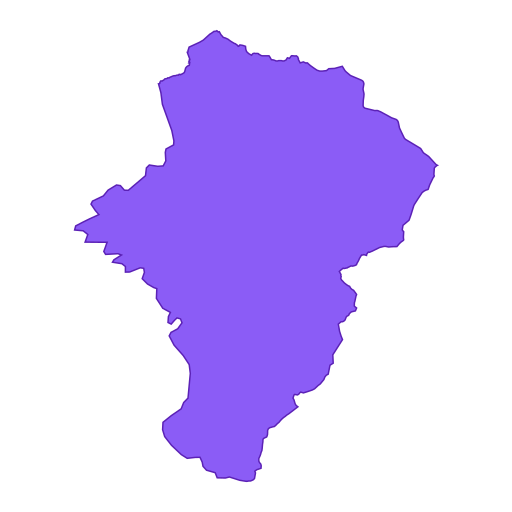 outline of Mataojo, Salto, Uruguay
{"feature_id": "84410073B62667740173321", "entity_name": "Mataojo", "entity_type": "district", "adm_level": 2, "iso_a3": "URY", "parent_name": "Uruguay", "parent_adm1": "Salto", "projection": "albers", "projection_center": [-56.339, -31.222], "detail": "fine", "context": "isolated", "style": "filled", "palette": "violet", "viewbox_px": 512, "rotation_deg": 0, "n_neighbors": 0, "source": "geoboundaries", "source_scale": "gbopen_adm2", "svg_char_len": 5693}
<svg xmlns="http://www.w3.org/2000/svg" viewBox="0 0 512 512"><path d="M74.6,230.0L83.2,230.8L87.8,234.5L85.1,242.1L107.1,242.3L103.8,251.5L105.6,254.4L118.0,253.7L121.5,255.0L113.9,259.8L112.5,262.2L121.9,263.7L125.4,266.5L125.4,272.1L129.7,272.0L140.2,267.8L143.7,268.3L144.4,272.4L142.2,278.7L147.5,284.0L153.8,287.6L156.8,288.6L156.4,298.4L162.8,308.3L170.4,312.4L168.4,316.6L168.0,322.5L171.2,324.1L174.6,320.2L177.0,317.9L180.5,318.9L182.0,322.8L177.7,328.8L171.0,332.4L169.2,335.9L174.1,345.2L183.2,355.5L189.2,364.6L190.3,373.4L188.0,398.1L183.7,402.5L181.2,408.8L171.2,415.7L163.0,422.3L162.6,429.7L164.7,436.6L171.5,445.3L181.3,454.6L187.2,458.3L195.2,457.4L200.0,457.3L202.2,462.1L203.0,466.3L206.5,470.2L215.2,472.7L217.2,477.8L225.4,478.0L229.4,477.0L239.8,480.3L246.1,481.3L247.1,481.3L248.7,481.0L250.3,481.0L251.5,480.6L253.4,479.7L254.5,478.5L255.5,472.9L254.8,471.2L256.8,469.7L261.0,468.3L261.2,465.8L260.8,464.1L259.6,462.7L258.9,461.4L258.8,460.0L258.8,458.6L260.1,455.7L260.6,454.3L261.1,452.4L261.9,450.5L262.2,448.2L262.5,444.4L262.9,441.8L262.9,440.9L263.0,439.4L263.5,438.5L265.2,437.6L266.6,437.0L267.1,435.9L267.5,434.5L267.6,432.4L267.6,430.6L268.2,429.0L269.5,427.8L272.9,426.8L274.4,426.5L275.9,425.2L277.2,423.8L279.1,422.2L280.2,420.8L281.6,419.3L283.6,417.5L285.2,416.4L286.7,415.1L288.9,413.7L297.9,406.8L296.1,405.4L295.1,403.7L294.0,399.9L293.0,398.1L294.0,395.0L294.8,394.4L296.0,394.7L297.6,394.9L299.0,393.9L299.7,392.9L300.7,392.1L303.4,392.9L305.7,392.2L308.2,391.4L312.3,390.0L314.6,388.8L318.1,385.5L320.3,383.9L323.9,379.5L324.8,377.1L326.3,375.2L328.2,374.2L330.0,365.2L333.2,363.2L332.8,354.8L342.5,339.6L341.1,336.1L339.6,331.4L338.3,324.1L341.0,321.8L342.7,321.7L344.0,321.0L345.1,319.9L346.1,317.2L346.9,316.2L348.1,315.6L348.9,314.9L349.3,313.7L351.3,311.9L355.4,310.9L356.6,308.0L354.6,306.4L354.3,306.0L354.4,302.8L354.9,301.2L356.0,296.0L356.6,294.6L356.5,294.3L353.6,290.3L351.8,289.3L350.6,288.1L349.6,286.3L348.3,285.8L346.6,284.7L344.3,282.9L342.3,280.7L341.8,280.3L340.7,278.4L341.2,276.5L340.8,275.6L341.0,274.5L339.3,271.5L340.5,270.3L343.0,268.3L343.1,268.2L343.9,268.5L344.2,268.5L347.5,267.8L348.0,267.3L348.5,267.2L350.8,266.0L351.2,266.0L352.5,266.1L352.8,266.1L355.0,265.5L355.8,265.1L356.4,264.8L356.5,264.7L356.9,263.5L358.5,260.7L359.5,258.4L361.5,255.1L362.9,255.0L363.7,254.6L366.5,255.4L366.8,254.0L368.2,252.2L368.5,252.1L369.6,252.3L369.8,252.2L370.8,251.7L371.9,251.3L379.6,247.5L384.0,246.4L385.7,246.4L388.6,247.0L392.4,246.7L396.9,246.6L399.3,243.7L401.0,242.1L403.5,240.3L403.7,239.5L403.5,238.6L403.4,237.0L403.7,231.7L402.4,230.2L402.3,229.5L403.0,225.3L408.6,220.6L409.1,220.1L409.3,219.5L411.1,214.4L413.8,205.6L414.6,204.1L418.6,197.9L422.2,192.5L424.4,190.9L426.0,190.1L427.9,189.5L428.1,189.4L428.2,189.2L429.7,184.8L433.1,177.8L433.6,177.2L434.3,176.0L433.9,174.5L434.3,168.3L434.4,168.0L434.7,167.5L435.2,167.0L436.8,165.6L437.4,165.3L436.6,164.9L436.0,164.5L428.6,156.4L423.8,153.1L423.2,152.5L420.8,148.7L420.2,148.2L405.7,139.5L404.8,138.7L404.3,138.1L401.3,131.9L399.5,128.0L398.3,122.3L398.0,121.5L397.5,120.6L396.8,119.9L396.1,119.4L391.6,117.8L380.8,111.9L378.0,110.7L377.1,110.5L374.8,110.6L365.0,108.2L364.5,107.9L363.9,107.4L363.4,106.7L363.3,106.3L363.1,105.5L363.3,100.3L363.8,96.7L364.0,94.2L363.9,93.3L363.1,89.6L363.1,88.4L363.8,84.5L363.9,83.9L363.8,83.4L363.6,82.6L363.4,82.0L362.9,81.2L362.3,80.7L361.3,80.1L351.6,76.0L350.9,75.7L350.2,75.3L346.3,72.0L345.3,71.0L344.9,70.5L342.3,66.3L334.6,68.4L328.8,68.7L326.5,70.6L322.2,71.1L319.8,71.1L317.0,70.2L313.6,67.9L310.3,65.5L308.1,63.6L307.7,63.1L307.4,63.0L307.3,62.9L307.1,62.8L306.6,62.9L306.2,63.0L305.7,63.0L304.7,62.5L303.3,61.9L300.2,62.9L298.3,59.4L298.3,59.1L298.4,58.8L298.4,58.6L297.7,56.9L296.6,56.0L296.2,55.8L295.2,56.0L292.0,55.7L291.6,55.8L291.4,55.8L289.5,58.3L287.4,57.8L286.0,60.0L284.2,60.9L282.8,61.0L281.3,60.6L278.7,60.6L277.3,61.0L275.9,60.9L274.6,60.3L273.2,59.9L271.4,59.7L269.6,56.6L269.0,55.8L268.4,55.8L262.2,55.8L260.8,55.4L259.3,54.4L259.1,54.4L258.8,54.3L258.6,53.9L258.3,53.6L257.0,53.4L255.6,53.5L254.7,53.3L254.0,53.3L252.9,53.6L252.0,54.6L251.6,55.2L249.5,54.1L248.6,53.5L246.6,51.6L245.8,49.3L245.5,46.3L242.8,45.4L239.9,44.9L238.9,46.1L238.2,46.3L237.6,45.4L235.7,44.0L235.3,43.7L234.3,43.4L231.8,41.9L230.5,41.1L228.0,39.2L225.4,38.0L223.3,37.4L222.4,36.3L220.8,34.5L220.2,33.3L219.3,31.7L218.4,31.9L218.2,32.0L217.0,30.8L216.8,30.7L216.3,31.1L216.0,31.2L215.4,31.2L214.9,31.4L214.1,31.3L211.0,33.5L209.9,34.1L203.3,40.1L199.5,42.3L198.4,42.8L189.1,47.1L188.6,48.7L187.9,51.0L188.0,51.8L187.6,52.4L187.3,52.4L189.7,58.9L189.7,59.1L189.8,59.3L189.6,59.4L189.5,59.7L189.4,59.7L189.4,59.9L189.4,60.1L189.4,60.5L189.5,60.6L189.3,60.9L189.2,60.9L189.1,61.0L189.3,61.1L189.3,61.3L189.1,61.4L189.2,61.5L189.1,61.8L189.1,62.0L189.1,62.3L189.3,62.5L189.2,62.6L189.3,62.6L189.2,62.7L189.3,62.9L189.2,63.1L189.4,63.2L189.5,63.1L189.6,63.3L189.3,63.7L189.5,64.2L189.3,65.3L187.8,65.9L186.6,66.8L185.6,68.1L184.8,71.2L184.3,72.5L183.4,73.2L180.6,74.7L179.9,74.3L179.0,74.4L178.6,75.1L177.1,75.1L175.3,75.7L174.4,75.7L173.2,75.9L169.8,77.3L169.1,77.9L167.8,77.8L167.2,78.4L166.0,78.7L164.8,78.9L163.8,80.0L163.2,80.3L162.2,81.0L161.6,81.0L161.2,80.9L160.9,80.9L160.6,81.1L160.4,81.4L159.8,82.7L159.8,83.3L159.4,83.6L159.0,83.8L158.5,83.8L160.9,92.7L162.4,104.3L171.8,130.5L173.9,140.9L173.6,144.9L166.0,149.0L165.3,152.4L165.8,160.9L163.2,165.9L157.7,166.3L149.3,165.0L146.4,167.9L145.5,175.7L128.3,190.3L124.4,190.2L120.4,185.6L116.5,185.0L108.1,190.1L103.4,195.9L92.5,201.1L91.0,204.1L95.4,210.6L98.9,214.6L89.9,218.7L82.8,222.2L75.7,225.9L74.6,230.0Z" fill="#8b5cf6" stroke="#5b21b6" stroke-width="1.5"/></svg>